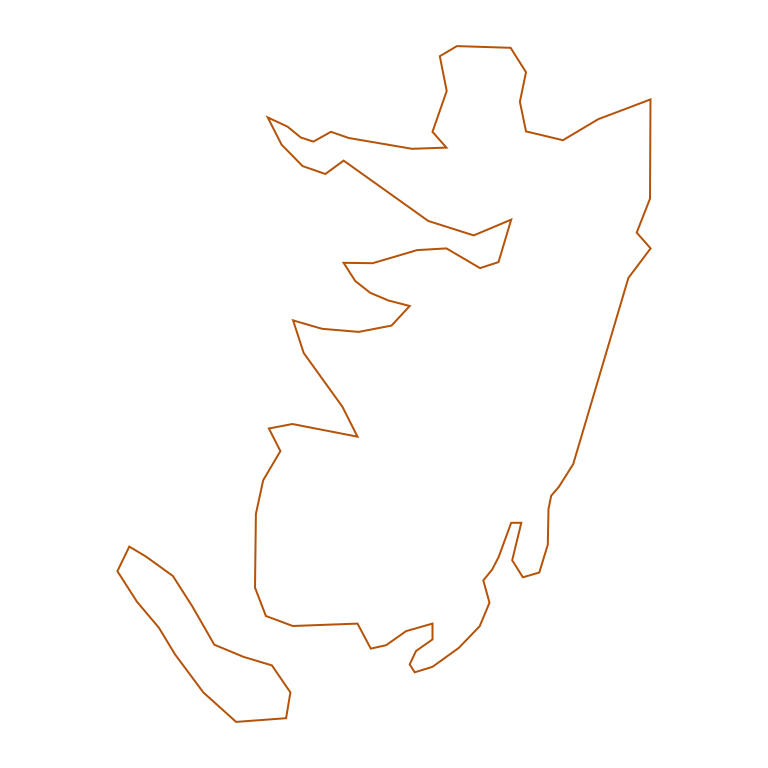 an SVG outline of Kusini-Pemba
{"feature_id": "TZA-3381", "entity_name": "Kusini-Pemba", "entity_type": "Region", "adm_level": 1, "iso_a3": "TZA", "parent_name": "United Republic of Tanzania", "parent_adm1": "", "projection": "robinson", "projection_center": [39.716, -5.317], "detail": "fine", "context": "isolated", "style": "outline", "palette": "amber", "viewbox_px": 768, "rotation_deg": 0, "n_neighbors": 0, "source": "natural_earth", "source_scale": "10m", "svg_char_len": 1297}
<svg xmlns="http://www.w3.org/2000/svg" viewBox="0 0 768 768"><path d="M650.5,99.4L650.0,198.7L636.7,232.6L650.6,248.4L628.4,277.9L573.2,464.1L558.9,486.8L551.2,495.7L548.5,509.0L547.8,544.7L539.3,572.5L522.9,577.3L512.2,560.3L521.3,522.8L511.2,522.8L498.6,557.1L492.1,569.6L483.3,580.4L489.5,602.7L479.7,626.2L458.8,647.9L432.5,666.8L414.7,672.3L409.7,664.4L416.0,651.0L432.5,639.4L432.5,623.6L406.1,631.1L386.1,645.2L370.8,648.6L357.5,623.6L292.8,626.0L265.9,616.0L255.0,587.6L255.9,513.9L263.2,480.2L280.4,451.1L268.9,428.5L292.2,424.0L357.5,436.7L342.5,406.9L303.7,353.0L293.1,320.4L322.1,328.8L358.7,331.9L391.5,325.6L409.7,306.0L388.4,300.5L370.2,292.8L355.2,281.0L343.6,262.8L372.6,263.2L417.1,250.1L446.4,248.4L480.0,268.1L498.5,262.1L511.2,219.6L473.7,235.4L428.3,221.0L343.6,160.6L325.3,174.0L302.6,166.1L281.6,144.7L267.7,117.4L287.6,126.7L300.8,137.5L313.4,141.6L330.9,131.8L348.7,138.0L412.0,148.8L446.4,147.6L432.5,131.8L446.7,91.0L439.8,56.2L456.9,46.1L510.6,47.8L526.0,72.2L519.9,101.8L526.0,131.4L562.9,140.2L598.2,119.2L650.5,99.4ZM129.3,546.6L145.7,556.4L172.9,576.0L192.5,606.7L214.3,644.7L243.6,656.9L271.9,665.4L290.4,692.4L286.1,718.2L236.1,721.9L203.4,692.5L175.1,654.5L158.8,627.6L137.0,601.8L117.4,571.2L129.3,546.6Z" fill="none" stroke="#b45309" stroke-width="2"/></svg>